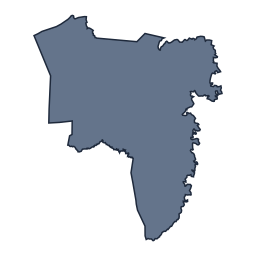 the district of Aowin, Western, Ghana
{"feature_id": "2480657B72501418673064", "entity_name": "Aowin", "entity_type": "district", "adm_level": 2, "iso_a3": "GHA", "parent_name": "Ghana", "parent_adm1": "Western", "projection": "albers", "projection_center": [-2.683, 5.694], "detail": "fine", "context": "isolated", "style": "filled", "palette": "slate", "viewbox_px": 256, "rotation_deg": 0, "n_neighbors": 0, "source": "geoboundaries", "source_scale": "gbopen_adm2", "svg_char_len": 5856}
<svg xmlns="http://www.w3.org/2000/svg" viewBox="0 0 256 256"><path d="M86.4,16.7L84.4,16.6L78.6,17.5L75.3,18.8L74.6,18.7L73.6,17.5L73.7,16.2L73.3,15.7L72.2,15.4L70.9,16.1L70.0,17.4L68.0,19.3L61.0,24.1L56.4,26.6L42.0,31.4L38.0,33.7L34.0,35.6L50.6,75.8L49.1,109.0L48.8,123.0L59.5,122.4L72.2,121.0L72.0,134.5L69.6,135.8L67.8,145.1L68.8,145.2L70.0,146.4L71.0,146.5L71.7,146.2L72.8,146.8L73.1,146.4L73.9,146.4L75.3,147.5L75.7,148.9L76.5,149.2L77.1,150.4L77.8,150.8L78.0,151.8L79.3,151.9L81.2,151.3L82.4,149.2L84.8,148.9L86.3,149.0L86.6,148.5L87.3,148.9L88.0,148.1L89.0,148.8L90.8,148.1L91.2,147.5L93.0,146.7L93.5,147.0L94.2,146.6L94.1,145.7L94.7,145.3L95.9,145.5L96.7,144.8L96.6,144.3L97.7,144.4L98.1,143.6L99.0,143.7L100.2,141.6L101.1,141.5L101.7,141.1L102.0,140.1L102.3,139.9L102.9,140.4L102.9,141.1L102.5,141.4L103.0,142.4L104.6,142.9L105.4,142.6L106.3,144.5L106.9,144.3L108.3,145.5L109.3,145.4L109.6,146.5L110.6,147.2L110.7,146.9L111.3,147.3L111.8,147.1L111.8,147.9L113.4,148.6L113.8,149.7L114.6,149.5L115.4,149.8L116.0,149.7L116.5,148.9L117.0,149.3L118.1,149.4L117.5,150.2L118.3,150.3L118.6,150.9L119.3,151.4L118.6,152.3L119.4,151.9L119.6,152.6L120.2,151.2L120.5,151.4L121.4,150.9L122.6,151.0L123.0,150.7L123.2,149.2L124.3,149.7L124.0,150.7L125.3,150.2L124.9,151.6L125.8,152.1L125.7,153.6L127.0,153.6L127.4,153.8L127.7,153.2L128.3,153.0L128.7,153.3L128.5,154.0L128.6,154.3L127.7,155.6L127.6,156.3L128.1,156.1L128.5,157.0L128.9,157.1L129.5,156.7L130.0,156.8L130.5,157.5L131.3,157.5L131.8,157.1L132.4,157.4L132.3,158.0L133.2,158.4L131.0,172.8L132.8,182.3L135.9,200.1L136.3,204.2L137.5,210.1L145.0,226.1L145.1,235.9L146.2,239.5L148.1,238.5L149.3,239.0L151.5,239.0L152.9,240.6L153.5,240.6L154.3,240.0L155.1,238.6L157.0,238.8L158.9,237.1L159.5,236.9L159.8,235.9L160.7,235.2L161.6,233.8L162.0,232.5L164.0,231.3L165.6,231.3L167.5,229.2L168.0,229.5L170.6,226.3L171.6,226.3L173.4,223.1L174.8,221.5L176.0,221.6L177.0,219.8L178.1,219.5L178.4,218.5L179.0,218.2L179.2,216.3L179.0,214.0L181.2,212.4L181.4,211.8L181.6,210.2L180.9,208.2L181.3,206.7L183.2,206.4L184.3,204.9L183.8,203.1L183.3,202.3L183.3,201.2L184.6,201.7L186.5,201.9L187.6,201.5L187.5,200.0L186.5,200.6L184.7,200.0L184.6,199.7L184.3,197.1L185.3,195.6L185.4,194.6L187.3,195.0L189.4,194.8L190.8,195.0L191.1,194.8L190.9,192.6L189.5,190.6L190.6,188.4L191.4,185.8L190.4,184.5L187.3,184.3L186.3,185.5L185.5,186.2L185.1,186.2L184.8,186.0L184.8,184.3L183.4,182.8L183.3,181.7L184.4,181.7L185.9,182.1L185.8,180.4L185.2,179.7L185.2,179.0L186.9,177.2L186.9,175.9L187.4,175.3L189.4,175.3L190.9,174.6L191.3,176.4L193.5,176.8L193.5,176.2L194.4,173.6L194.5,172.6L192.2,170.7L192.0,170.2L193.2,170.3L193.9,171.0L194.5,171.3L194.9,170.5L194.9,168.3L195.5,166.3L195.1,165.4L195.2,164.2L195.8,163.7L197.0,164.6L197.7,164.0L197.2,162.5L196.9,162.1L196.5,161.9L194.4,162.3L193.7,161.1L194.7,160.7L195.6,159.2L194.6,156.7L194.5,155.4L193.8,153.8L192.5,152.7L191.8,152.7L190.4,150.7L191.1,149.4L192.7,150.0L193.2,149.3L192.7,148.4L192.5,144.3L192.6,143.4L193.1,142.8L195.3,143.3L196.1,143.7L197.1,144.6L198.1,144.9L199.0,144.4L199.6,143.2L198.6,141.9L198.2,139.8L198.5,139.3L197.7,138.7L196.8,138.5L192.2,139.7L190.9,138.9L190.8,138.1L190.9,137.4L191.3,137.3L192.7,137.8L193.0,137.6L193.2,136.9L192.5,135.8L192.4,135.0L193.6,133.8L194.6,133.8L195.8,134.2L196.3,133.6L195.6,132.0L194.0,132.5L193.1,133.4L192.7,133.1L193.1,131.9L192.9,130.6L193.6,129.2L193.9,129.0L194.3,129.1L194.9,130.3L196.4,130.4L197.7,131.0L199.7,130.6L200.2,129.4L199.1,128.1L197.4,125.5L197.9,124.9L198.8,124.6L198.4,123.8L197.2,123.3L195.9,123.2L194.5,122.5L194.4,120.1L195.5,118.4L193.4,115.6L191.4,114.5L190.6,113.1L188.7,113.5L188.0,112.7L187.0,112.4L186.6,113.0L187.0,114.5L186.6,115.3L185.3,115.6L182.6,115.2L182.3,114.3L184.8,112.0L185.7,110.6L185.9,109.4L186.9,109.8L187.0,109.5L186.4,109.0L187.1,108.4L190.3,106.9L191.7,106.8L193.8,103.9L193.8,103.5L191.7,99.8L191.5,98.9L191.9,97.8L193.6,96.7L192.2,96.1L191.3,96.2L190.6,95.6L190.5,94.4L191.0,93.5L190.4,91.6L191.6,91.4L192.7,91.8L193.7,91.8L193.9,91.2L194.7,90.6L195.4,91.4L195.5,92.3L196.2,93.4L198.5,96.0L199.9,96.1L201.3,95.9L202.3,96.1L203.7,95.7L204.1,95.1L205.0,94.9L205.6,95.8L208.5,95.6L209.0,96.1L208.3,97.0L207.6,97.2L207.1,98.7L209.2,99.3L212.0,101.1L213.7,101.4L214.2,101.3L214.5,99.7L217.2,98.9L217.3,98.0L216.9,97.1L215.5,96.6L215.4,95.9L217.2,96.0L217.9,95.2L217.2,94.3L216.6,94.3L215.9,93.8L215.5,91.5L216.0,90.9L217.2,91.0L218.2,93.9L219.3,94.2L222.0,93.5L221.6,91.8L220.5,90.2L221.3,87.9L220.9,85.9L219.6,86.5L217.7,86.8L217.1,86.7L216.7,85.7L214.6,85.4L213.4,86.6L210.8,86.1L210.6,85.0L212.5,84.3L212.6,83.0L212.0,82.9L210.3,83.3L209.9,82.8L210.0,80.5L210.6,77.7L211.5,74.5L212.3,73.2L212.9,73.1L215.2,73.9L215.6,73.5L214.7,72.3L214.9,71.5L216.6,70.7L217.7,72.6L220.6,71.7L219.9,70.5L218.2,68.4L216.9,66.1L217.1,63.3L213.7,62.8L213.2,62.3L213.8,61.5L213.3,60.5L213.5,59.1L213.4,57.4L215.3,57.8L217.2,57.4L217.4,56.6L214.7,54.7L215.8,53.6L215.2,52.3L215.4,51.0L215.1,50.1L213.7,49.1L213.1,47.2L214.1,46.0L211.2,44.7L211.7,40.6L209.3,40.0L206.7,40.0L205.4,41.1L204.2,36.9L202.9,36.5L200.7,36.3L197.3,37.0L196.9,37.2L196.5,38.6L194.9,39.7L194.8,39.1L193.3,38.4L192.7,38.5L192.3,39.1L191.9,39.2L191.0,38.6L189.9,38.5L189.3,38.1L187.5,40.3L187.0,40.5L186.3,40.4L185.4,39.6L184.6,39.6L182.3,42.2L179.7,42.1L177.8,39.8L177.0,39.5L174.4,40.0L171.3,42.3L169.8,42.9L168.5,42.9L166.8,41.2L165.6,42.0L164.9,43.5L164.0,44.1L162.6,46.2L161.4,46.7L161.1,47.1L160.3,48.9L160.4,49.9L160.1,50.2L159.3,49.8L158.4,48.6L158.0,46.5L159.3,42.0L159.9,41.0L161.4,40.5L162.0,38.8L164.1,37.9L145.0,33.5L136.9,41.7L96.5,38.1L95.8,37.5L95.1,37.6L95.0,36.9L94.5,36.2L94.6,35.8L94.1,35.4L93.4,35.3L93.2,33.5L92.8,33.4L92.5,33.0L92.7,31.9L92.5,31.5L93.2,30.4L90.5,28.6L88.8,27.9L87.2,28.6L87.3,27.1L86.6,26.4L85.8,23.1L87.0,22.4L86.1,19.8L86.4,16.7Z" fill="#64748b" stroke="#1e293b" stroke-width="1.5"/></svg>